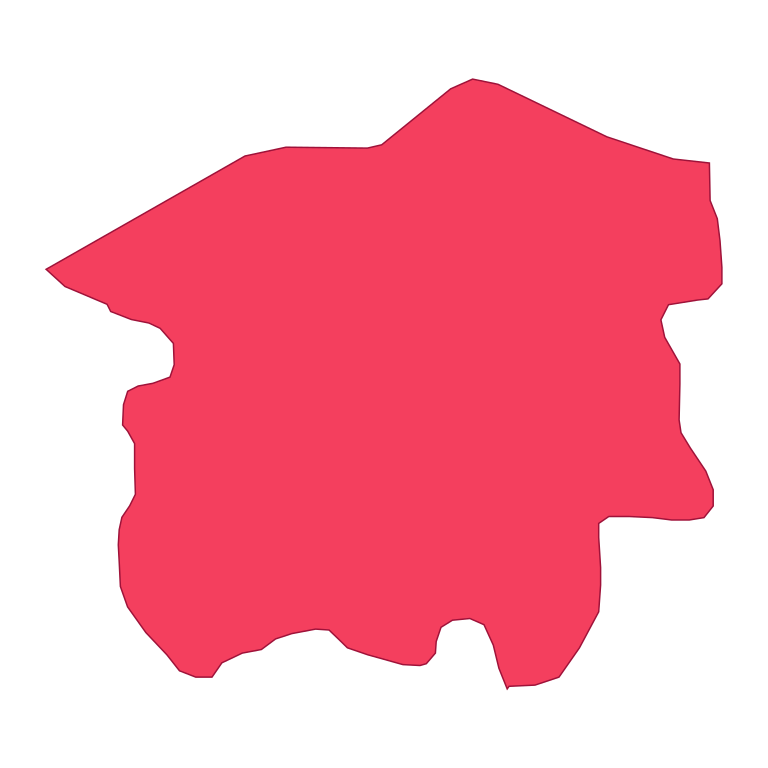 outline of Staro Nagoričane
{"feature_id": "MKD-2910", "entity_name": "Staro Nagoričane", "entity_type": "Statistical Region", "adm_level": 1, "iso_a3": "MKD", "parent_name": "North Macedonia", "parent_adm1": "", "projection": "natural_earth1", "projection_center": [21.9, 42.216], "detail": "fine", "context": "isolated", "style": "filled", "palette": "rose", "viewbox_px": 768, "rotation_deg": 0, "n_neighbors": 0, "source": "natural_earth", "source_scale": "10m", "svg_char_len": 1314}
<svg xmlns="http://www.w3.org/2000/svg" viewBox="0 0 768 768"><path d="M472.6,79.1L498.0,84.3L606.8,136.8L673.3,159.0L709.4,163.0L710.1,200.5L717.3,218.7L720.0,240.7L721.9,267.5L721.9,283.8L708.0,298.9L697.1,300.1L668.5,304.7L660.9,319.8L664.7,337.3L674.0,353.6L679.9,364.0L679.9,383.9L679.1,419.9L681.0,432.7L690.2,447.8L705.8,471.1L713.2,489.7L713.2,506.0L704.0,517.6L689.2,520.0L671.7,520.0L665.4,519.2L652.4,517.6L629.2,516.5L608.8,516.5L598.7,523.4L598.7,537.4L600.6,567.6L600.6,585.1L598.7,611.8L579.4,647.9L559.0,677.1L535.0,685.1L509.1,686.3L507.2,688.9L498.9,668.2L493.3,645.1L484.0,624.7L469.9,618.5L452.4,620.2L441.0,627.3L436.2,641.5L435.4,653.1L426.3,663.7L420.0,665.5L402.9,664.6L367.8,654.8L347.4,647.8L338.3,638.9L329.0,630.0L315.6,629.1L291.8,633.6L275.6,638.9L261.4,649.5L242.3,653.1L221.9,662.8L212.0,677.1L195.7,677.1L179.5,670.8L166.9,654.8L145.9,632.6L127.6,606.9L120.4,586.5L119.2,561.7L118.3,544.8L119.2,529.7L121.9,517.3L129.7,505.8L135.4,494.3L134.6,468.5L134.6,443.6L127.7,431.2L122.6,425.0L123.5,404.7L127.7,391.3L138.2,386.0L152.9,383.3L170.0,377.1L174.2,364.7L173.4,343.4L160.1,328.3L148.8,323.0L131.3,319.5L110.7,311.5L107.1,304.3L65.0,286.5L46.1,269.3L245.0,156.0L286.0,147.2L367.4,148.1L381.7,144.8L450.7,88.8L472.6,79.1Z" fill="#f43f5e" stroke="#9f1239" stroke-width="1.5"/></svg>